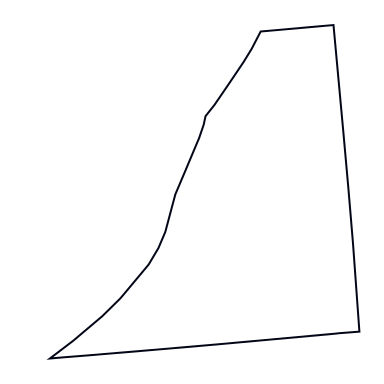 Berrien, Michigan, United States of America, rotated 355°
{"feature_id": "52423323B94823844405741", "entity_name": "Berrien", "entity_type": "district", "adm_level": 2, "iso_a3": "USA", "parent_name": "United States of America", "parent_adm1": "Michigan", "projection": "robinson", "projection_center": [-86.545, 42.001], "detail": "fine", "context": "isolated", "style": "outline", "palette": "ink", "viewbox_px": 384, "rotation_deg": 355, "n_neighbors": 0, "source": "geoboundaries", "source_scale": "gbopen_adm2", "svg_char_len": 665}
<svg xmlns="http://www.w3.org/2000/svg" viewBox="0 0 384 384"><g transform="rotate(355 192 192)"><path d="M346.6,345.7L347.9,257.4L348.1,202.7L348.0,147.4L347.5,38.0L274.4,38.1L263.9,54.6L255.1,66.5L254.0,67.9L237.0,88.9L221.9,107.3L212.1,117.6L209.5,126.0L203.7,139.1L199.8,146.4L187.8,169.2L175.2,192.9L170.9,204.7L162.2,228.7L161.8,229.7L153.7,244.9L144.3,258.0L142.5,260.5L111.4,291.7L91.8,307.9L60.6,329.9L35.9,345.5L36.5,345.5L40.4,345.5L46.5,345.5L47.9,345.5L48.4,345.5L74.2,345.7L75.7,345.7L76.5,345.7L131.1,345.9L131.8,345.9L191.9,346.0L194.4,346.0L203.6,346.0L322.6,345.6L326.2,345.5L346.6,345.7Z" fill="none" stroke="#020617" stroke-width="2"/></g></svg>